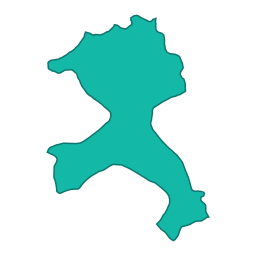 San Marcos, San Marcos, Guatemala (Mercator projection)
{"feature_id": "79465075B32898701467657", "entity_name": "San Marcos", "entity_type": "district", "adm_level": 2, "iso_a3": "GTM", "parent_name": "Guatemala", "parent_adm1": "San Marcos", "projection": "mercator", "projection_center": [-91.831, 14.993], "detail": "fine", "context": "isolated", "style": "filled", "palette": "teal", "viewbox_px": 256, "rotation_deg": 0, "n_neighbors": 0, "source": "geoboundaries", "source_scale": "gbopen_adm2", "svg_char_len": 3183}
<svg xmlns="http://www.w3.org/2000/svg" viewBox="0 0 256 256"><path d="M155.8,18.4L154.7,19.0L153.9,19.1L153.0,19.3L152.5,19.9L151.8,20.8L150.8,21.4L148.8,21.6L147.3,20.6L140.7,17.5L138.5,16.0L136.6,15.4L133.8,15.9L131.0,17.7L130.8,20.3L131.8,21.6L131.8,24.7L130.2,25.5L126.6,28.5L125.1,29.0L121.0,28.0L117.5,25.3L114.4,24.7L113.8,26.6L112.2,28.1L108.6,31.6L106.7,31.9L103.7,33.7L100.3,35.0L95.8,34.5L92.7,35.2L90.5,33.5L85.5,32.1L83.9,37.5L83.0,38.5L78.3,45.4L75.5,47.9L74.4,49.3L70.6,52.0L69.9,52.0L66.8,54.6L61.0,58.1L60.1,58.1L58.8,59.1L50.8,60.4L48.7,61.7L48.0,62.8L48.2,65.9L48.3,68.3L48.7,68.8L50.1,69.6L52.1,70.9L54.7,71.4L57.8,73.1L60.5,72.9L61.9,71.9L63.0,71.3L65.2,70.0L72.0,69.8L76.7,73.7L78.2,78.5L79.4,79.8L80.4,82.7L81.9,86.2L82.6,87.1L87.3,93.6L89.9,95.8L90.9,96.0L94.5,99.2L95.1,99.1L95.6,99.8L98.5,101.8L102.1,104.5L104.3,106.7L106.6,108.6L109.0,110.8L110.6,112.6L111.0,116.3L110.6,117.1L109.6,120.3L108.1,122.0L106.0,123.4L99.4,129.7L88.8,137.8L84.3,140.9L80.9,142.9L76.3,143.6L63.5,143.2L59.4,144.3L55.8,145.1L53.3,146.3L50.3,147.4L48.7,149.0L47.3,152.2L50.1,153.6L53.1,154.8L55.2,156.2L56.5,157.6L57.2,159.4L56.5,162.1L54.2,166.3L53.9,177.3L55.2,180.7L56.3,186.0L56.9,191.5L57.9,192.4L59.4,193.2L60.6,193.2L62.1,192.5L64.3,191.4L67.2,190.4L70.4,189.5L73.3,189.2L75.6,189.0L78.2,189.0L79.8,187.6L81.2,185.7L82.9,183.5L85.8,180.5L90.5,176.5L98.7,171.6L103.9,169.9L106.4,168.2L109.6,166.1L113.0,164.4L121.6,164.9L123.7,165.9L128.6,168.1L134.3,171.3L136.2,172.4L137.9,173.5L139.3,174.3L141.7,175.8L146.6,178.8L148.7,180.4L151.2,181.5L155.3,182.9L161.3,187.7L164.6,190.6L166.7,192.7L168.9,195.9L169.7,199.6L169.6,203.4L167.3,208.8L164.9,213.3L163.3,215.1L162.1,217.3L160.8,219.6L159.6,221.1L156.7,224.1L160.9,229.0L165.5,232.5L169.8,238.3L173.3,240.6L175.3,239.4L176.6,237.6L178.0,235.7L178.6,233.9L179.4,231.8L180.2,229.2L181.0,227.8L182.1,226.5L186.6,225.5L190.2,224.3L191.7,223.3L195.4,221.4L198.4,221.0L200.9,221.0L202.2,220.5L203.5,219.6L205.0,218.7L206.5,217.3L208.7,217.1L207.6,214.8L206.7,213.5L205.8,211.3L205.7,206.7L205.6,205.4L205.2,204.6L204.0,203.2L202.6,202.1L201.0,200.6L200.8,199.7L200.9,198.5L201.0,197.7L201.3,197.1L202.0,196.6L202.9,196.3L203.6,195.9L204.0,195.0L204.4,193.6L204.1,192.8L203.5,192.2L201.3,191.5L197.4,191.1L195.0,191.3L193.6,190.9L192.6,190.4L191.6,189.2L188.4,177.7L185.4,170.4L183.5,165.4L183.1,164.0L182.1,162.0L180.1,159.2L177.9,156.4L177.1,155.4L176.0,154.4L173.7,152.3L171.5,150.2L169.2,148.4L167.1,146.4L165.9,145.1L163.6,142.7L160.9,139.8L158.5,136.8L157.0,134.9L155.0,132.3L152.9,129.8L152.1,128.0L151.2,125.7L150.7,124.1L150.7,123.3L150.9,121.8L151.3,120.6L151.5,119.8L151.6,118.8L151.7,117.6L151.9,116.4L152.4,113.2L152.4,109.7L153.6,107.7L163.3,101.4L164.3,101.0L171.4,97.2L176.7,95.8L177.0,95.3L180.0,94.6L185.5,91.2L185.1,83.0L183.8,79.0L181.9,77.8L180.3,74.8L180.5,72.2L183.2,67.8L182.2,62.7L181.1,61.1L181.1,60.1L180.5,59.2L179.7,56.9L177.9,55.4L174.9,54.3L170.0,53.7L167.9,52.8L166.4,51.6L166.1,50.3L165.2,49.3L164.9,45.6L164.5,45.1L164.5,39.3L163.7,35.1L161.7,33.2L159.2,32.6L157.2,31.5L155.8,29.3L155.9,26.9L155.5,26.2L155.9,24.6L155.5,21.2L155.8,18.4Z" fill="#14b8a6" stroke="#0f766e" stroke-width="1.5"/></svg>